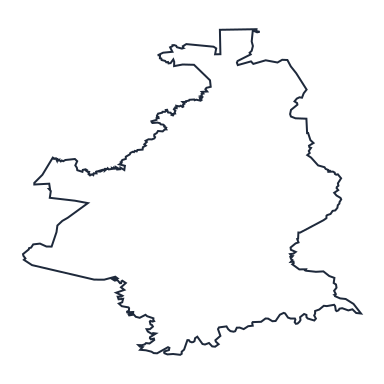 the district of Mazozolu pag., Ogre, Latvia
{"feature_id": "27541924B71176066479064", "entity_name": "Mazozolu pag.", "entity_type": "district", "adm_level": 2, "iso_a3": "LVA", "parent_name": "Latvia", "parent_adm1": "Ogre", "projection": "robinson", "projection_center": [25.443, 56.925], "detail": "fine", "context": "isolated", "style": "outline", "palette": "slate", "viewbox_px": 384, "rotation_deg": 0, "n_neighbors": 0, "source": "geoboundaries", "source_scale": "gbopen_adm2", "svg_char_len": 5983}
<svg xmlns="http://www.w3.org/2000/svg" viewBox="0 0 384 384"><path d="M140.2,349.8L146.0,350.3L151.5,351.7L153.7,353.1L157.1,353.3L168.0,347.2L169.4,347.9L168.9,350.1L165.2,351.2L164.1,352.1L164.4,353.2L167.4,354.4L173.1,354.0L180.2,354.8L181.7,353.8L181.7,351.7L184.1,349.6L187.4,340.1L188.8,340.1L189.9,341.6L191.8,342.3L193.3,342.0L194.5,341.1L195.1,338.2L197.3,336.7L202.5,344.0L205.0,344.5L209.0,343.0L212.2,346.4L215.1,346.7L218.6,344.2L215.8,341.6L215.4,340.2L220.4,335.9L218.0,329.1L219.0,327.4L226.5,326.4L228.2,329.2L230.4,331.1L233.6,331.7L235.2,331.2L236.8,327.7L239.7,327.6L243.7,329.1L248.2,326.2L252.7,325.7L252.2,323.0L252.7,322.1L261.1,321.8L265.5,318.5L268.1,318.6L272.4,321.2L275.6,321.0L279.9,314.7L283.7,312.9L285.1,313.4L288.0,317.6L290.5,318.5L294.9,318.5L295.4,319.5L294.7,322.2L295.9,323.8L297.6,323.5L299.6,321.6L300.5,320.0L300.1,317.2L304.1,314.0L306.4,314.9L306.5,317.2L307.7,318.5L314.3,320.5L315.9,318.6L314.2,315.5L315.1,313.6L315.1,311.0L319.3,309.5L323.8,305.8L326.8,306.1L334.1,304.8L335.1,306.1L335.8,310.4L336.7,311.1L338.5,310.3L339.5,308.7L342.2,308.2L348.3,310.4L352.4,309.3L356.2,313.0L361.0,313.5L353.5,303.9L345.7,299.0L340.1,298.4L335.1,296.2L335.3,295.3L334.4,294.8L335.8,294.0L334.1,290.8L336.5,287.7L336.0,284.5L333.7,283.0L334.4,277.9L329.2,276.0L323.4,271.4L315.9,271.8L305.9,270.7L305.2,270.4L305.9,269.3L299.3,269.4L292.3,264.3L293.7,263.2L293.5,261.7L290.8,261.9L292.4,260.0L291.0,258.9L290.4,257.0L292.1,256.9L292.7,256.1L291.5,256.0L290.1,254.1L293.3,253.7L295.7,251.9L290.9,249.8L290.6,247.5L295.6,243.4L298.5,242.4L297.2,239.0L298.1,238.7L298.4,232.5L300.1,232.6L323.5,220.2L326.4,218.2L326.5,215.7L327.2,215.1L330.5,214.0L332.6,210.9L335.3,210.4L337.4,207.8L337.8,205.2L339.4,203.6L339.5,202.1L341.2,199.4L340.5,197.9L336.5,195.5L334.2,192.8L338.2,190.1L336.6,188.1L336.8,187.1L338.4,185.7L337.9,183.3L341.1,178.3L337.8,174.3L336.2,174.7L334.9,173.9L334.7,172.6L332.9,171.6L328.9,171.8L329.5,170.8L328.0,170.7L328.1,169.9L325.6,168.9L324.5,167.2L318.1,165.4L311.1,157.6L307.3,155.1L309.7,153.0L308.8,151.0L311.0,147.9L309.4,147.3L309.0,145.7L313.5,143.0L310.4,140.1L308.1,133.0L307.1,133.1L306.4,118.7L295.5,118.3L290.9,116.5L290.1,114.1L291.0,109.9L297.4,104.7L297.1,103.1L294.5,101.4L296.8,98.6L299.5,97.3L302.0,97.7L303.7,93.3L306.6,89.6L296.2,73.2L290.8,66.4L287.4,60.0L282.2,59.8L277.5,62.5L265.7,60.3L253.3,63.9L251.0,61.4L237.8,65.1L236.9,62.7L237.6,61.0L250.7,54.4L249.6,52.8L251.7,50.8L252.9,46.0L251.7,41.5L252.8,30.5L257.1,32.3L259.7,31.8L256.2,31.1L256.5,29.2L219.9,29.8L220.4,54.2L215.1,54.3L216.2,48.4L213.6,46.7L186.3,44.1L182.9,46.2L183.3,46.8L182.6,47.9L183.2,48.2L181.9,48.6L176.9,47.2L176.2,45.8L174.2,45.1L172.5,45.2L172.5,46.2L170.1,47.3L172.4,51.8L163.1,52.7L157.7,55.3L160.0,55.2L159.9,58.3L161.3,58.5L161.6,60.0L165.1,60.9L166.3,62.3L168.0,62.0L168.5,63.4L170.6,63.1L173.3,59.4L174.2,61.8L174.1,66.1L182.7,64.5L194.0,64.8L210.0,80.3L210.7,86.8L206.5,87.8L205.4,89.2L207.2,91.5L201.8,91.9L203.3,93.6L201.6,94.0L201.8,95.8L200.5,96.2L202.4,97.1L201.6,98.2L199.9,98.1L200.3,99.4L201.4,100.1L200.6,100.7L196.3,99.7L194.6,100.2L194.2,99.5L189.4,99.8L189.0,100.6L186.0,101.2L186.0,101.9L182.6,102.0L184.4,103.8L183.1,104.6L183.3,106.6L182.5,107.0L180.8,105.7L179.4,106.4L176.3,105.8L176.6,107.2L175.8,107.3L176.3,108.2L174.6,108.2L173.9,109.3L175.4,110.8L174.7,112.3L175.1,113.5L174.0,113.6L173.0,115.4L171.8,115.0L172.6,114.0L171.4,113.9L170.6,112.7L168.1,112.5L167.1,109.8L165.8,110.0L166.1,111.0L165.1,111.8L162.5,111.8L162.1,112.7L158.1,113.6L156.9,115.8L157.1,117.0L158.4,117.0L158.6,118.1L156.6,118.0L156.5,119.9L151.4,121.3L151.8,122.4L152.5,123.0L157.4,122.6L159.9,123.2L160.6,124.3L163.4,124.7L164.6,125.9L164.2,126.6L166.1,127.6L165.6,128.2L166.3,129.4L164.7,129.5L162.7,131.4L158.0,131.0L156.7,133.1L154.3,134.5L154.2,136.1L155.1,137.1L154.4,138.4L151.9,139.4L148.5,139.3L145.6,140.8L146.8,142.0L144.3,144.3L145.8,145.6L142.9,147.2L142.6,149.6L137.4,150.0L136.7,151.4L134.9,150.9L134.0,152.1L133.0,151.7L130.4,152.9L129.8,154.4L125.8,156.7L125.8,158.9L122.3,160.0L121.5,161.2L121.8,161.9L120.7,162.3L121.2,163.3L119.4,164.4L124.9,165.8L124.3,170.0L120.4,167.6L120.3,169.2L117.1,169.5L116.8,168.6L117.7,168.1L115.6,166.9L115.5,168.6L114.2,168.7L113.7,167.7L113.1,168.5L112.0,168.0L112.2,168.9L108.7,169.4L107.7,168.3L107.3,169.0L105.7,168.9L105.9,169.7L105.3,170.2L105.5,169.5L104.4,169.2L103.7,170.2L102.6,169.8L99.7,170.7L101.1,171.2L100.3,171.6L96.8,171.4L96.1,171.7L96.5,173.4L93.8,173.3L93.3,175.1L92.1,174.3L90.0,175.4L88.6,174.1L89.3,173.4L88.3,172.4L88.8,171.8L86.8,171.3L86.0,170.6L86.7,170.0L85.6,169.3L82.8,169.9L82.4,171.8L77.3,170.2L76.8,167.6L75.3,165.4L77.2,161.2L74.9,159.0L65.4,160.0L63.2,161.2L61.7,160.5L60.8,161.4L59.5,160.2L58.2,160.6L58.7,159.8L57.8,160.0L57.4,159.0L56.7,159.1L56.7,160.1L55.8,158.5L53.5,159.1L54.2,158.5L53.1,158.6L53.6,158.1L52.8,157.6L42.4,174.8L34.3,182.9L34.3,184.5L49.2,183.7L50.0,189.0L49.0,189.0L50.8,191.1L49.8,197.8L74.9,200.7L87.9,203.1L67.7,217.8L62.3,220.9L57.4,225.5L56.5,232.1L51.6,246.6L46.4,246.5L40.0,243.6L33.2,244.4L31.1,247.6L29.0,248.2L28.8,249.4L23.0,254.1L23.4,255.8L25.4,258.4L23.9,259.8L32.0,265.1L94.1,279.6L104.1,279.7L115.3,276.7L117.3,278.2L112.5,279.2L114.8,280.6L117.4,280.0L120.0,283.2L121.1,283.1L121.5,281.3L122.3,280.7L125.8,283.0L121.0,287.3L124.3,289.9L116.2,292.7L122.5,295.8L121.3,296.6L117.7,296.7L118.6,299.3L123.1,298.8L122.2,302.3L118.9,303.6L121.8,306.2L128.5,307.4L129.1,308.2L128.9,310.7L127.1,311.6L127.2,312.3L133.2,312.0L133.1,312.8L128.6,314.3L129.2,315.4L133.8,314.6L135.8,316.8L139.7,317.8L145.5,314.8L147.1,316.2L153.4,318.3L153.3,320.0L154.1,321.1L152.6,321.6L150.4,320.9L149.8,321.6L150.5,324.4L152.1,325.1L152.9,326.6L149.9,329.2L146.6,329.2L147.8,331.5L151.6,333.8L153.1,333.1L155.9,333.5L150.0,337.2L149.9,338.2L150.8,339.3L153.9,338.6L154.2,340.0L149.5,343.5L146.0,343.1L144.7,344.4L141.9,345.2L138.4,345.1L139.9,346.6L142.7,347.1L140.2,349.8Z" fill="none" stroke="#1e293b" stroke-width="2"/></svg>